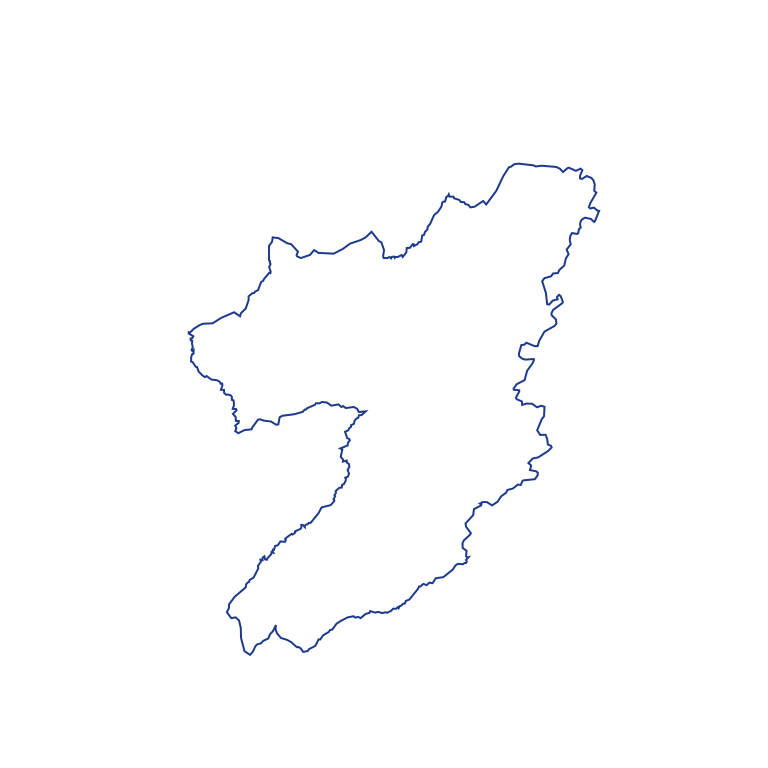 the district of Mamants'o, Mafeteng, Lesotho, rotated 42°
{"feature_id": "5366337B49454872209470", "entity_name": "Mamants'o", "entity_type": "district", "adm_level": 2, "iso_a3": "LSO", "parent_name": "Lesotho", "parent_adm1": "Mafeteng", "projection": "equal_earth", "projection_center": [27.358, -29.661], "detail": "fine", "context": "isolated", "style": "outline", "palette": "blue", "viewbox_px": 768, "rotation_deg": 42, "n_neighbors": 0, "source": "geoboundaries", "source_scale": "gbopen_adm2", "svg_char_len": 6141}
<svg xmlns="http://www.w3.org/2000/svg" viewBox="0 0 768 768"><g transform="rotate(42 384 384)"><path d="M562.7,456.1L561.8,457.3L560.0,456.9L557.0,452.7L552.2,453.2L548.9,449.8L548.0,446.7L548.8,438.2L548.3,436.7L540.6,435.2L537.9,433.1L538.0,421.7L534.6,416.8L537.4,409.3L536.9,408.2L535.3,408.7L536.3,405.8L539.3,403.0L545.6,401.8L547.2,395.3L546.2,389.2L547.5,383.2L546.6,380.2L549.7,375.5L550.8,369.1L553.2,367.6L551.8,363.4L552.1,362.3L559.8,353.8L559.3,349.2L557.7,347.0L555.4,347.1L550.1,350.3L547.9,346.1L544.2,346.1L544.4,339.8L547.6,335.5L550.7,324.5L551.1,319.0L549.5,318.2L546.2,319.3L542.0,315.6L538.1,313.6L534.2,317.3L528.8,315.9L524.8,304.7L524.5,300.9L518.5,293.5L515.4,295.0L513.3,298.9L507.3,299.6L503.0,303.1L500.7,307.1L498.1,304.7L492.8,306.5L491.2,306.0L489.5,299.1L488.7,298.2L484.2,301.4L483.4,300.7L482.7,295.6L485.9,287.0L481.5,278.4L480.6,269.4L479.3,265.6L478.5,265.3L472.6,271.4L469.8,272.7L465.8,272.9L463.9,271.1L460.0,263.2L461.9,261.0L462.3,258.0L470.6,255.1L472.8,253.1L470.4,247.9L468.2,237.7L471.8,227.0L471.8,223.8L468.6,221.0L462.6,220.7L461.1,219.4L460.1,215.7L462.4,204.8L462.0,203.3L456.6,200.5L454.4,200.6L454.3,203.6L456.3,204.8L453.6,209.2L453.6,214.5L451.8,215.5L443.4,208.0L432.8,201.8L432.4,198.1L436.1,192.1L435.7,188.7L439.0,185.2L438.0,181.8L438.7,175.4L435.1,168.9L434.3,164.0L429.8,161.9L429.3,155.3L425.6,152.6L423.3,149.1L422.7,146.0L427.1,143.3L427.4,142.0L425.3,138.4L425.5,136.1L422.8,134.1L421.3,131.5L421.1,128.9L422.1,125.9L427.3,122.9L431.7,123.0L431.8,121.8L428.0,111.4L426.7,112.3L421.9,112.5L419.8,115.6L417.8,115.4L416.2,111.1L413.8,99.7L410.9,99.7L407.1,94.7L403.3,92.5L400.2,92.1L395.4,93.8L394.0,99.0L392.1,100.1L390.4,98.1L388.3,92.4L386.0,92.4L384.0,97.2L376.7,99.5L376.0,100.6L375.2,106.7L370.9,106.3L366.8,107.4L355.0,116.4L351.2,120.8L348.9,121.4L336.8,130.0L333.8,133.3L332.9,137.7L331.8,139.3L333.5,149.5L338.2,165.3L339.8,182.2L335.2,181.7L332.7,191.6L330.0,194.9L326.7,194.5L324.1,195.9L322.0,195.2L319.3,197.3L316.8,196.8L311.8,199.1L310.3,198.3L307.4,200.9L305.2,199.7L305.8,201.7L305.1,203.2L307.3,207.5L306.0,209.0L306.0,210.5L307.9,213.5L308.9,219.7L308.2,225.0L311.2,234.3L311.2,237.8L312.9,240.1L312.7,243.8L314.0,246.1L313.0,248.0L316.4,253.3L314.9,255.4L315.3,257.8L313.9,261.4L312.7,260.3L311.8,260.7L312.1,265.6L309.9,267.7L312.5,271.2L312.9,277.1L310.8,276.3L309.3,280.3L307.5,282.0L307.6,283.1L306.2,282.6L304.6,284.5L305.2,285.8L302.9,286.2L302.2,288.3L299.4,290.6L297.7,289.5L294.5,284.5L287.3,280.5L284.6,281.2L272.9,279.2L272.2,287.6L270.3,292.7L264.9,302.3L263.1,311.0L259.4,320.8L247.6,330.4L242.5,331.2L242.6,337.7L237.9,346.1L233.9,347.3L232.8,346.8L231.5,343.2L221.5,342.2L217.8,344.2L208.0,346.2L203.2,349.5L205.6,353.1L206.2,358.4L215.9,369.1L217.1,369.0L217.9,370.3L219.4,370.7L220.3,373.9L224.7,376.4L225.4,377.7L224.3,378.2L224.6,386.5L225.2,388.1L224.4,390.3L227.6,398.5L226.4,401.5L226.6,403.3L225.5,404.5L224.7,409.4L227.2,412.2L230.8,420.5L230.3,427.2L231.7,430.0L224.6,431.0L218.8,443.7L216.0,453.6L209.3,460.2L207.6,463.5L205.7,470.2L205.4,475.6L204.3,476.1L205.0,477.2L210.3,476.1L210.8,478.0L209.8,479.7L211.1,480.9L212.5,480.1L214.3,482.5L217.4,484.7L218.2,487.5L219.5,487.7L219.8,486.1L222.2,489.0L221.5,490.4L222.9,493.3L225.7,496.4L227.3,495.8L232.6,497.2L233.8,496.5L237.9,498.8L243.3,499.1L246.3,498.7L246.9,496.8L252.7,496.2L257.7,492.8L261.0,492.3L262.4,493.1L263.5,492.0L264.9,493.2L266.7,497.4L269.1,495.5L271.2,497.6L274.0,497.6L274.9,496.3L277.8,495.0L279.6,495.4L281.6,497.6L283.1,496.8L286.6,499.9L288.2,503.7L290.8,501.6L292.0,502.2L291.7,507.3L295.9,507.8L298.6,510.5L300.9,508.7L302.0,510.3L301.2,514.4L303.9,515.6L305.0,518.6L308.7,518.0L311.1,511.7L316.0,506.2L315.3,505.0L314.2,494.8L315.6,493.1L319.1,491.7L325.1,487.5L331.1,486.4L332.5,484.8L328.7,478.5L329.8,475.5L337.4,466.7L342.2,459.2L342.2,456.0L343.2,455.1L343.0,453.6L346.6,445.6L346.4,443.7L348.8,441.8L350.0,438.8L354.2,435.9L359.3,435.4L363.9,429.6L367.8,429.6L368.3,427.8L371.7,427.4L376.9,421.3L380.6,420.4L384.1,421.6L388.7,416.6L388.1,422.2L386.3,424.0L387.5,426.4L386.7,427.9L386.7,430.9L388.3,433.7L387.1,436.6L388.2,437.9L387.8,439.8L388.4,442.5L387.0,445.6L393.0,448.9L394.9,448.1L396.3,448.7L396.6,451.8L398.1,454.0L394.6,461.2L396.9,460.6L400.5,467.0L404.4,467.6L405.4,469.2L407.6,465.9L409.0,467.2L411.5,467.0L413.7,468.7L414.5,472.3L417.9,473.9L419.1,476.9L417.9,479.6L419.0,479.8L420.3,481.7L421.2,485.4L420.3,486.8L421.9,489.2L420.2,491.1L419.7,495.9L421.2,497.2L421.6,499.8L422.8,500.0L423.6,503.5L425.0,503.6L425.4,504.9L425.4,509.7L420.2,517.4L421.8,524.0L422.4,536.3L421.0,537.5L421.2,539.1L420.1,540.7L419.9,542.3L420.9,543.3L417.8,543.1L416.8,544.0L418.8,546.2L418.9,547.5L416.5,553.0L417.4,553.8L417.2,555.5L416.8,557.0L415.7,557.1L414.3,563.3L414.2,565.3L415.3,565.4L416.0,567.5L412.4,570.3L413.0,574.9L411.5,577.2L413.2,580.8L412.3,581.3L412.8,582.8L414.7,583.4L413.0,584.4L414.1,585.9L414.0,591.6L414.6,592.9L413.0,593.9L410.4,592.1L410.0,594.3L411.7,596.2L409.7,597.2L411.5,598.6L412.0,603.5L414.0,605.2L416.6,615.1L415.3,619.7L416.2,621.4L415.5,623.1L415.6,625.1L417.3,627.7L415.4,642.1L416.3,651.5L418.7,654.3L419.9,658.7L427.2,660.2L429.9,656.7L434.5,656.7L440.9,661.2L447.7,668.4L459.1,675.9L465.7,674.9L465.7,670.9L463.9,665.0L463.9,662.6L466.1,658.9L466.1,655.7L468.3,650.6L466.7,646.0L466.9,642.3L465.0,635.4L467.3,638.7L471.4,640.9L477.5,641.7L482.8,639.1L487.9,637.9L495.4,637.9L496.4,636.7L498.9,636.2L503.2,637.2L506.0,633.5L505.7,631.2L508.2,624.6L506.3,617.5L507.6,616.5L506.9,611.6L508.9,605.1L508.4,603.1L509.9,601.1L509.1,593.8L510.5,588.8L513.1,581.9L516.7,577.0L518.8,576.9L520.7,574.4L523.3,573.6L524.2,567.2L526.3,563.9L525.7,562.0L530.1,560.0L532.5,557.0L535.9,555.5L538.0,552.5L539.3,552.1L541.1,547.8L541.1,544.9L543.4,542.9L543.6,540.5L544.9,540.8L544.3,538.6L545.2,537.0L545.1,534.8L546.4,533.2L545.4,530.6L547.1,527.2L546.3,513.4L545.5,511.1L546.5,510.2L547.0,506.3L550.3,504.9L550.6,501.2L553.3,499.6L552.5,493.6L557.3,487.9L559.3,475.8L558.5,471.1L559.2,468.3L563.3,465.1L563.7,463.0L564.8,461.9L564.3,460.6L562.7,459.9L562.7,456.1Z" fill="none" stroke="#1e3a8a" stroke-width="2"/></g></svg>